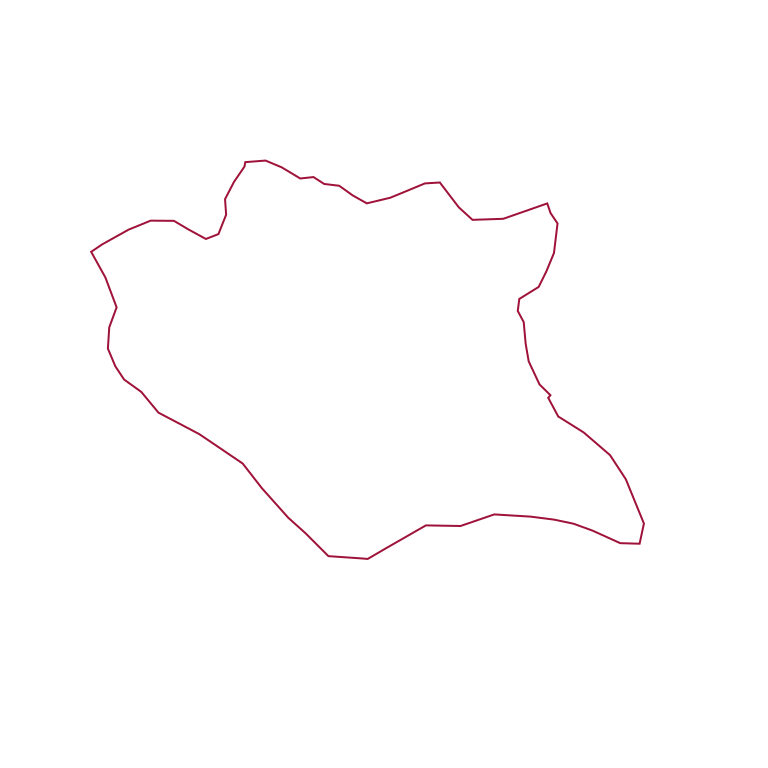 the district of Enköping, Uppsala, Sweden, rotated 332°
{"feature_id": "70781695B25535474598498", "entity_name": "Enköping", "entity_type": "district", "adm_level": 2, "iso_a3": "SWE", "parent_name": "Sweden", "parent_adm1": "Uppsala", "projection": "albers", "projection_center": [17.163, 59.678], "detail": "fine", "context": "isolated", "style": "outline", "palette": "rose", "viewbox_px": 768, "rotation_deg": 332, "n_neighbors": 0, "source": "geoboundaries", "source_scale": "gbopen_adm2", "svg_char_len": 1066}
<svg xmlns="http://www.w3.org/2000/svg" viewBox="0 0 768 768"><g transform="rotate(332 384 384)"><path d="M187.5,129.8L188.0,159.2L183.9,190.8L168.0,205.0L156.8,223.2L156.0,232.4L155.1,242.2L156.6,258.0L166.0,277.1L171.4,303.4L197.4,341.6L221.9,387.9L227.3,418.9L236.7,457.2L244.6,478.8L254.1,509.9L281.4,526.9L287.5,530.8L307.5,530.0L354.6,528.5L384.9,545.3L420.1,550.9L451.3,570.0L470.5,583.6L485.7,596.3L499.4,611.5L517.8,635.4L529.9,642.3L534.7,645.0L548.0,629.2L552.8,581.7L550.2,553.0L537.6,520.6L522.6,494.5L522.5,473.3L525.7,472.0L521.1,457.4L522.4,431.9L528.0,414.9L536.4,395.0L536.4,382.3L543.4,372.4L566.1,370.9L580.1,360.9L595.6,348.1L612.6,323.7L611.3,311.3L612.9,301.2L566.8,294.1L539.2,280.6L533.0,263.2L527.9,232.3L514.3,226.1L477.1,222.5L453.6,216.4L444.9,202.8L437.5,187.9L425.1,179.3L418.9,168.2L406.5,163.2L395.4,144.7L384.3,131.1L365.7,123.0L362.9,126.5L346.3,135.2L330.4,146.2L324.1,160.4L308.2,173.9L294.8,172.3L283.8,155.6L275.1,141.3L254.6,130.2L230.9,127.8L200.8,128.4L187.5,129.8Z" fill="none" stroke="#9f1239" stroke-width="2"/></g></svg>